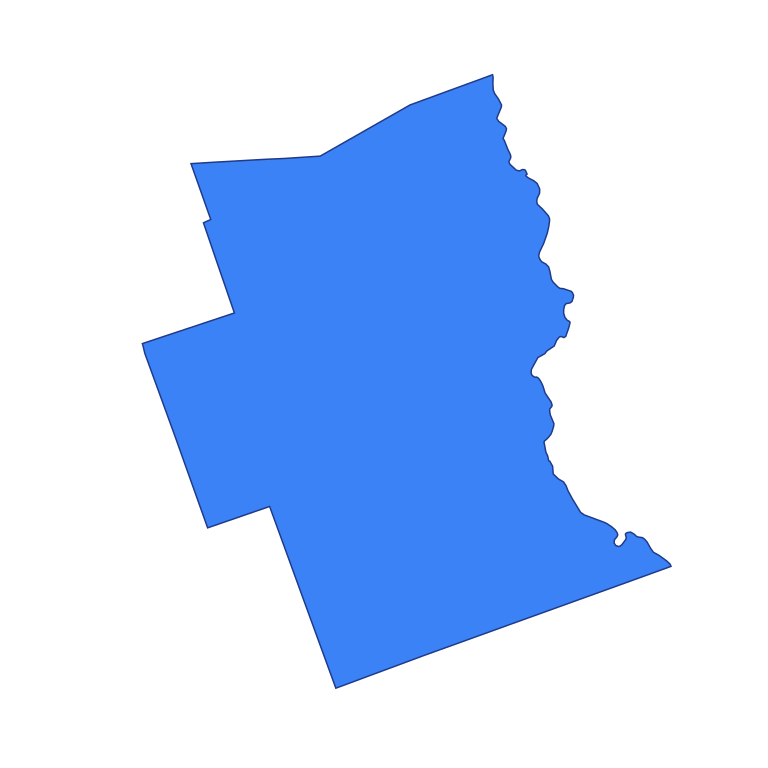 Windham, Vermont, United States of America (Mercator projection), rotated 338°
{"feature_id": "52423323B2511363637596", "entity_name": "Windham", "entity_type": "district", "adm_level": 2, "iso_a3": "USA", "parent_name": "United States of America", "parent_adm1": "Vermont", "projection": "mercator", "projection_center": [-72.531, 42.995], "detail": "fine", "context": "isolated", "style": "filled", "palette": "blue", "viewbox_px": 768, "rotation_deg": 338, "n_neighbors": 0, "source": "geoboundaries", "source_scale": "gbopen_adm2", "svg_char_len": 2343}
<svg xmlns="http://www.w3.org/2000/svg" viewBox="0 0 768 768"><g transform="rotate(338 384 384)"><path d="M581.8,660.6L581.8,658.3L579.9,654.1L574.8,645.9L570.8,641.0L569.6,636.1L568.7,628.9L567.4,625.3L566.1,623.3L561.9,620.8L560.8,619.4L559.7,616.9L557.2,613.7L554.0,612.9L552.0,613.2L551.4,614.2L551.1,617.2L550.0,618.7L544.5,622.0L542.3,622.7L540.6,622.6L538.3,620.4L537.8,617.6L539.3,614.8L542.8,612.9L544.2,611.5L544.4,609.2L543.8,606.0L541.6,601.7L538.5,597.1L536.6,595.0L520.6,580.4L518.2,576.6L515.6,560.8L515.6,560.7L514.6,551.8L514.7,546.7L513.8,542.1L510.1,537.3L507.7,531.9L507.2,530.8L509.5,523.5L508.8,517.6L508.1,517.1L508.0,516.4L508.8,512.2L508.6,507.7L510.6,497.8L511.2,497.1L515.4,495.6L519.7,493.3L522.3,490.7L525.7,486.4L526.7,484.4L526.6,474.9L527.7,470.4L528.4,469.2L531.4,467.5L532.0,466.3L532.2,463.2L530.0,452.8L530.6,445.5L530.4,441.2L529.8,437.8L528.9,435.6L528.0,434.7L526.5,434.3L524.9,432.2L524.4,430.8L524.7,428.5L526.2,425.6L536.6,417.1L544.5,416.1L547.3,414.4L556.1,412.5L560.4,408.2L564.3,406.0L566.2,406.4L568.1,408.3L570.3,408.0L576.2,401.3L579.5,396.8L579.5,395.6L577.7,393.4L576.7,389.9L577.1,385.7L578.5,382.3L580.7,379.0L583.0,377.7L586.9,378.5L589.2,377.9L592.1,374.5L593.0,372.6L592.9,369.8L592.3,368.2L586.0,362.8L582.9,361.2L581.5,359.1L578.9,352.7L578.4,349.6L580.0,341.9L580.5,337.1L579.0,333.4L576.2,330.0L575.5,328.3L575.1,324.7L575.8,322.5L577.8,319.8L584.7,313.5L591.9,305.3L595.9,299.5L598.7,294.6L599.4,292.7L599.4,289.6L596.4,281.0L593.5,274.8L594.0,272.0L595.4,269.4L599.7,265.4L601.0,262.6L601.4,261.1L601.1,255.4L598.9,251.5L597.4,249.8L595.1,247.1L593.6,244.5L593.7,243.5L595.2,243.1L595.3,242.4L595.1,238.7L594.4,237.8L592.6,237.0L589.5,237.2L586.8,235.4L583.1,227.5L582.9,225.5L583.3,224.4L586.1,221.9L586.9,220.3L587.1,218.6L586.7,212.2L586.8,203.1L586.3,201.0L592.1,195.0L593.2,193.2L593.0,190.6L588.7,183.4L588.0,179.9L596.6,171.1L597.5,169.3L596.9,162.8L595.4,156.3L595.4,152.4L597.6,146.0L600.0,140.6L600.5,137.9L512.8,135.0L410.2,148.8L376.5,137.7L357.2,130.9L309.2,114.6L287.6,107.4L285.0,166.6L277.0,166.9L274.8,207.1L271.9,262.1L175.1,256.0L174.9,258.1L173.7,266.1L170.6,355.5L166.6,451.3L232.1,454.7L228.6,554.6L226.4,618.6L225.4,648.0L261.3,649.0L316.9,650.6L330.6,651.1L409.8,654.1L537.9,659.0L581.8,660.6Z" fill="#3b82f6" stroke="#1e3a8a" stroke-width="1.5"/></g></svg>